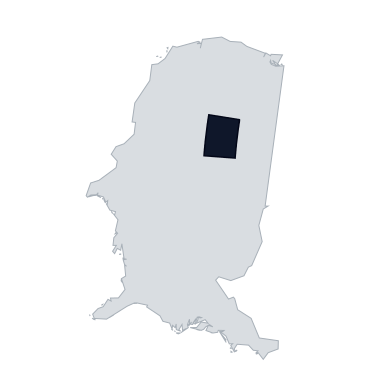 United States of America, with Wyoming highlighted, rotated 97°
{"feature_id": "USA-3527", "entity_name": "Wyoming", "entity_type": "State", "adm_level": 1, "iso_a3": "USA", "parent_name": "United States of America", "parent_adm1": "", "projection": "albers", "projection_center": [-107.983, 43.0], "detail": "fine", "context": "in_parent", "style": "filled", "palette": "ink", "viewbox_px": 384, "rotation_deg": 97, "n_neighbors": 0, "source": "natural_earth", "source_scale": "10m", "svg_char_len": 6106}
<svg xmlns="http://www.w3.org/2000/svg" viewBox="0 0 384 384"><g transform="rotate(97 192 192)"><path d="M310.2,117.9L328.7,107.4L329.1,88.2L337.3,87.4L342.2,96.8L349.4,100.9L343.3,106.9L343.8,108.8L341.6,107.2L341.6,111.9L337.1,117.2L337.6,128.6L342.7,131.1L344.7,129.5L343.3,128.0L344.4,128.5L345.5,130.5L339.7,134.8L337.6,133.2L338.2,136.5L331.0,140.6L327.0,146.9L326.7,144.4L325.5,143.3L326.1,149.1L328.1,149.4L329.4,154.0L327.8,161.3L322.3,159.5L323.3,154.9L321.5,158.5L324.2,162.0L326.8,163.6L328.2,166.0L326.8,177.3L326.0,170.9L319.9,167.0L320.3,160.1L317.1,163.4L321.7,171.5L316.9,170.4L315.7,171.1L315.9,168.0L315.5,167.2L315.0,169.8L315.6,171.6L322.7,172.7L322.0,174.7L318.3,172.8L317.1,172.6L321.7,175.0L323.4,175.1L323.4,177.6L321.0,176.6L325.0,178.8L324.5,179.5L322.5,178.4L318.6,179.0L324.3,180.4L327.1,179.2L333.0,185.9L328.1,180.9L330.4,184.5L324.7,185.8L330.1,188.2L331.6,186.3L330.5,190.8L324.9,191.6L328.7,192.2L326.7,195.0L330.4,195.1L324.8,198.2L323.9,205.1L318.8,208.7L311.6,223.0L309.8,222.3L308.8,233.3L309.2,235.8L313.3,242.5L328.6,261.3L329.4,273.6L325.3,275.7L319.1,271.0L316.7,266.2L308.8,262.3L310.1,259.0L307.2,260.0L306.1,252.1L296.9,246.6L286.6,251.5L283.5,247.6L272.7,250.0L273.7,247.9L272.2,250.1L267.6,252.1L266.7,248.7L266.5,251.3L251.9,255.3L258.5,255.7L257.1,259.3L262.6,261.3L260.5,263.6L254.2,260.6L254.6,263.9L246.9,264.0L242.0,260.8L239.9,263.3L228.6,262.1L223.0,267.6L224.4,266.1L220.8,265.5L220.0,271.3L213.8,275.9L215.2,274.6L210.8,274.6L212.6,276.3L207.7,279.3L206.5,285.7L204.1,285.0L206.3,286.5L207.3,292.0L209.9,295.2L208.5,296.6L195.4,293.7L191.7,285.7L177.1,270.3L170.4,269.9L164.4,276.8L156.2,272.9L152.4,265.3L141.7,256.5L129.8,256.5L129.8,260.0L110.6,259.6L86.6,247.5L70.5,247.4L68.9,241.3L62.8,235.0L49.6,228.8L50.1,224.6L41.7,204.2L42.3,202.3L44.2,205.1L43.4,200.8L48.3,201.3L39.2,200.2L34.6,181.4L37.9,172.5L37.3,161.6L40.8,155.3L45.4,136.1L49.4,137.4L45.0,135.6L47.2,130.6L45.7,130.3L44.9,118.9L54.4,122.6L51.5,128.0L55.4,124.5L54.3,129.3L51.8,130.0L53.4,130.5L55.6,128.9L57.0,124.1L55.5,116.1L197.1,117.7L196.7,114.8L200.2,119.2L217.0,121.6L232.7,116.3L257.8,123.8L259.7,126.9L268.8,130.2L275.2,142.7L272.9,155.1L276.6,157.8L293.8,142.7L291.3,138.1L292.7,136.6L303.3,132.3L310.2,117.9ZM334.2,141.7L337.2,139.7L327.1,147.8L334.9,139.9L334.2,141.7ZM55.5,120.9L56.4,124.1L56.2,124.6L54.7,122.0L55.5,120.9ZM209.5,294.2L207.3,289.5L207.0,286.7L207.6,289.6L209.5,294.2ZM344.3,106.9L344.9,108.3L344.3,108.3L344.3,106.9ZM242.4,262.2L242.9,263.3L241.6,262.6L242.4,262.2ZM54.3,234.2L55.9,233.8L56.0,234.0L54.3,234.2ZM52.7,233.5L51.9,234.3L51.5,233.5L52.7,233.5ZM342.8,133.7L342.3,135.0L342.0,134.9L342.8,133.7ZM207.6,284.0L207.0,286.3L208.7,281.7L207.6,284.0ZM323.8,255.0L326.8,258.8L323.4,254.7L323.8,255.0ZM61.9,239.1L62.5,240.4L61.8,239.2L61.9,239.1ZM330.4,274.0L329.4,275.8L330.7,272.2L330.4,274.0ZM334.5,188.4L333.8,190.6L333.3,186.2L334.5,188.4ZM54.6,118.1L54.5,119.0L54.0,118.5L54.6,118.1ZM212.7,277.2L210.5,278.5L212.8,276.8L212.7,277.2ZM346.0,132.7L346.4,133.7L345.4,133.9L346.0,132.7ZM61.5,242.5L61.9,244.0L61.3,242.6L61.5,242.5ZM210.0,279.5L209.1,280.2L209.8,279.1L210.0,279.5ZM328.3,168.0L327.9,170.8L328.2,167.1L328.3,168.0ZM222.5,268.7L221.0,269.8L223.0,268.0L222.5,268.7ZM309.4,234.3L309.7,236.2L309.1,235.0L309.4,234.3ZM331.0,195.2L330.6,195.7L331.5,193.9L331.0,195.2ZM290.4,250.0L288.8,251.5L288.0,251.5L290.4,250.0ZM266.8,252.0L266.5,252.4L265.5,252.5L266.8,252.0ZM314.8,267.0L315.4,268.2L314.4,266.9L314.8,267.0ZM262.7,255.6L262.7,256.8L262.1,254.8L262.7,255.6ZM327.1,278.3L326.1,278.8L327.5,278.0L327.1,278.3ZM329.4,154.9L329.3,156.3L329.4,154.4L329.4,154.9ZM332.9,191.4L332.5,192.0L332.3,192.0L332.9,191.4Z" fill="#d9dde1" stroke="#a8b0b8" stroke-width="1"/><path d="M113.3,184.7L113.3,184.2L113.4,183.7L113.4,183.3L113.4,182.8L113.4,182.3L113.4,181.8L113.4,181.3L113.5,180.8L113.5,180.3L113.5,179.8L113.5,179.4L113.5,178.9L113.6,178.4L113.6,177.9L113.6,177.4L113.6,176.9L113.6,175.7L113.7,174.5L113.7,173.3L113.8,172.1L113.8,170.8L113.9,169.6L113.9,168.4L114.0,167.2L114.0,166.0L114.0,164.7L114.1,163.5L114.1,162.3L114.2,161.1L114.2,159.9L114.3,158.7L114.3,157.4L114.3,157.2L114.3,156.7L114.4,156.3L114.4,156.0L114.4,155.8L114.4,155.5L114.4,155.3L114.4,155.1L114.4,154.8L114.4,154.6L114.4,154.4L114.4,154.1L114.4,153.9L114.5,153.7L115.3,153.6L115.9,153.6L116.5,153.6L117.1,153.6L117.7,153.6L118.3,153.7L118.9,153.7L119.5,153.7L120.1,153.7L120.7,153.7L121.3,153.7L121.9,153.7L122.5,153.8L123.1,153.8L123.7,153.8L124.3,153.8L124.9,153.8L125.5,153.8L126.1,153.8L126.7,153.8L127.3,153.8L127.9,153.8L128.5,153.8L129.1,153.8L129.7,153.8L130.3,153.8L130.9,153.8L131.5,153.8L132.1,153.8L132.7,153.8L133.3,153.8L133.9,153.8L134.5,153.8L135.1,153.8L135.7,153.8L136.3,153.8L136.9,153.8L137.5,153.8L138.1,153.8L138.7,153.8L139.3,153.8L139.9,153.8L140.5,153.7L141.1,153.7L141.7,153.7L142.3,153.7L143.0,153.7L143.6,153.7L144.2,153.7L144.8,153.6L145.4,153.6L146.0,153.6L146.6,153.6L147.2,153.6L147.8,153.5L148.4,153.5L149.0,153.5L149.6,153.5L150.2,153.5L150.8,153.4L151.4,153.4L152.0,153.4L152.6,153.4L153.0,153.3L153.1,154.3L153.1,155.3L153.2,156.2L153.2,157.2L153.3,158.2L153.3,159.2L153.4,160.1L153.4,161.1L153.5,162.1L153.5,163.1L153.6,164.0L153.6,165.0L153.6,166.0L153.7,167.0L153.7,167.9L153.8,168.9L153.8,169.9L153.9,170.9L153.9,171.8L154.0,172.8L154.0,173.8L154.1,174.8L154.1,175.7L154.2,176.7L154.2,177.7L154.2,178.7L154.3,179.6L154.3,180.6L154.4,181.6L154.4,182.6L154.5,183.5L154.5,184.5L153.8,184.5L152.9,184.6L151.9,184.6L151.0,184.7L150.1,184.7L149.2,184.7L148.2,184.8L147.3,184.8L146.4,184.8L145.5,184.8L144.5,184.9L143.6,184.9L142.7,184.9L141.8,184.9L140.8,185.0L139.9,185.0L139.0,185.0L138.1,185.0L137.1,185.0L136.2,185.0L135.3,185.0L134.4,185.0L133.4,185.0L132.5,185.0L131.6,185.0L130.7,185.0L129.7,185.0L128.8,185.0L127.9,185.0L127.0,185.0L126.0,185.0L125.1,185.0L124.4,185.0L123.6,185.0L122.9,185.0L122.2,185.0L121.4,184.9L120.7,184.9L120.0,184.9L119.2,184.9L118.5,184.9L117.7,184.9L117.0,184.8L116.3,184.8L115.5,184.8L114.8,184.8L114.1,184.7L113.3,184.7L113.3,184.7Z" fill="#0f172a" stroke="#020617" stroke-width="1.5"/></g></svg>